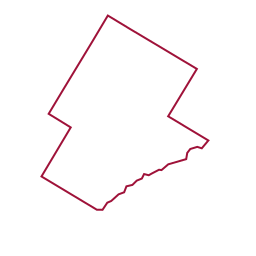 the district of Redwood, Minnesota, United States of America, rotated 121°
{"feature_id": "52423323B50406906000435", "entity_name": "Redwood", "entity_type": "district", "adm_level": 2, "iso_a3": "USA", "parent_name": "United States of America", "parent_adm1": "Minnesota", "projection": "natural_earth1", "projection_center": [-95.193, 44.447], "detail": "fine", "context": "isolated", "style": "outline", "palette": "rose", "viewbox_px": 256, "rotation_deg": 121, "n_neighbors": 0, "source": "geoboundaries", "source_scale": "gbopen_adm2", "svg_char_len": 547}
<svg xmlns="http://www.w3.org/2000/svg" viewBox="0 0 256 256"><g transform="rotate(121 128 128)"><path d="M42.0,203.2L73.0,203.1L128.1,203.3L153.8,203.3L156.7,203.3L157.0,177.4L214.1,177.2L214.1,112.6L211.2,107.7L202.7,107.3L199.2,104.8L189.7,101.9L185.1,98.2L178.8,99.3L174.5,94.9L168.6,93.4L164.2,90.1L159.2,90.5L157.8,85.9L154.8,84.2L147.8,79.9L146.8,77.6L138.4,74.8L124.7,62.1L118.8,64.4L113.9,63.8L108.5,58.9L107.4,54.3L97.3,52.7L97.3,99.6L41.9,99.4L42.0,150.9L42.1,177.0L42.0,203.2Z" fill="none" stroke="#9f1239" stroke-width="2"/></g></svg>